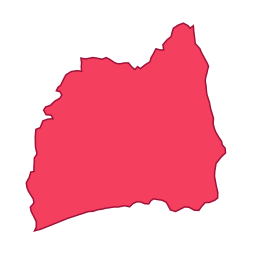 Surubim, Pernambuco, Brazil (Mercator projection), rotated 273°
{"feature_id": "56859067B76326707509966", "entity_name": "Surubim", "entity_type": "district", "adm_level": 2, "iso_a3": "BRA", "parent_name": "Brazil", "parent_adm1": "Pernambuco", "projection": "mercator", "projection_center": [-35.746, -7.891], "detail": "fine", "context": "isolated", "style": "filled", "palette": "rose", "viewbox_px": 256, "rotation_deg": 273, "n_neighbors": 0, "source": "geoboundaries", "source_scale": "gbopen_adm2", "svg_char_len": 1821}
<svg xmlns="http://www.w3.org/2000/svg" viewBox="0 0 256 256"><g transform="rotate(273 128 128)"><path d="M173.1,61.0L167.1,58.5L165.0,56.0L161.4,54.5L160.9,57.9L157.6,60.2L154.2,58.5L151.1,53.6L146.5,49.2L144.7,44.6L141.4,42.8L137.0,45.5L136.8,50.6L133.3,52.7L132.7,47.6L130.7,42.7L123.7,40.3L121.8,36.1L116.9,35.9L113.4,35.9L104.2,36.6L97.3,38.5L93.1,36.0L88.5,36.2L83.5,36.1L79.7,36.4L78.9,33.2L73.7,32.0L67.9,29.3L63.3,30.2L59.8,31.8L52.2,37.1L48.2,38.0L43.8,34.6L39.5,35.7L35.3,38.2L29.7,41.3L24.2,41.6L20.4,40.0L22.5,46.4L32.3,67.5L34.6,72.5L42.4,92.5L43.1,97.7L44.7,101.8L45.7,106.6L46.7,109.8L47.4,113.5L48.4,118.0L48.6,122.3L50.2,128.6L49.4,133.8L52.6,136.7L54.7,140.4L54.9,144.5L53.3,148.5L53.3,152.7L56.6,154.6L58.6,157.3L58.1,161.1L57.7,165.7L55.8,170.1L53.0,171.9L48.4,174.6L47.1,179.9L52.2,188.9L52.0,193.2L49.4,198.4L49.4,203.1L53.3,205.5L57.5,208.9L57.9,213.1L60.3,218.3L62.8,221.2L68.4,221.0L75.4,219.0L84.3,216.9L89.4,216.9L97.2,217.8L104.2,222.8L108.2,226.7L113.0,226.0L116.0,223.1L119.6,222.1L124.1,218.7L128.7,215.7L131.7,214.4L136.6,212.8L142.4,212.8L151.2,209.6L157.7,208.0L165.7,205.0L169.7,204.3L174.8,203.6L178.7,202.7L182.6,202.9L186.3,203.8L189.8,204.3L193.7,205.2L196.7,203.8L199.5,202.1L202.3,200.4L207.3,197.3L210.8,195.7L215.9,190.7L221.9,189.7L227.9,188.6L233.5,187.9L230.9,184.8L233.3,182.6L235.6,177.8L233.4,172.8L230.0,168.1L225.7,167.0L221.5,166.3L218.2,162.5L213.0,158.5L207.8,159.6L207.6,156.1L208.6,151.8L203.6,149.6L199.5,147.4L195.3,146.5L191.9,141.7L187.9,137.2L189.8,134.4L186.8,131.9L189.1,128.6L193.0,125.1L192.8,121.0L191.9,117.6L191.6,114.3L192.7,110.8L195.3,106.7L197.2,102.5L195.3,98.6L196.0,94.3L196.5,89.2L194.7,81.9L195.3,77.3L190.9,78.2L186.5,78.1L182.2,78.7L182.6,74.3L181.4,68.4L177.8,63.2L173.1,61.0Z" fill="#f43f5e" stroke="#9f1239" stroke-width="1.5"/></g></svg>